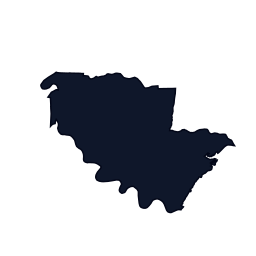 Branesti, Gorj, Romania, rotated 127°
{"feature_id": "2599482B28130291705267", "entity_name": "Branesti", "entity_type": "district", "adm_level": 2, "iso_a3": "ROU", "parent_name": "Romania", "parent_adm1": "Gorj", "projection": "albers", "projection_center": [23.464, 44.658], "detail": "fine", "context": "isolated", "style": "filled", "palette": "ink", "viewbox_px": 256, "rotation_deg": 127, "n_neighbors": 0, "source": "geoboundaries", "source_scale": "gbopen_adm2", "svg_char_len": 5673}
<svg xmlns="http://www.w3.org/2000/svg" viewBox="0 0 256 256"><g transform="rotate(127 128 128)"><path d="M126.7,218.9L129.5,219.7L135.2,222.0L140.3,223.6L141.0,223.7L145.4,223.6L145.9,223.5L146.3,223.3L147.0,222.6L147.7,221.3L148.0,220.3L148.0,219.8L147.9,219.5L147.0,218.0L145.8,216.8L143.1,215.2L140.6,215.0L139.1,215.0L138.1,214.6L137.6,214.2L137.1,213.3L136.7,212.2L136.7,211.2L136.9,210.1L137.5,209.0L138.0,208.2L138.9,207.1L139.5,206.6L139.8,206.5L140.3,207.5L140.1,207.7L140.7,208.4L143.7,209.7L145.4,210.6L146.1,210.7L147.1,210.6L151.5,210.5L150.4,208.2L156.4,203.2L157.1,202.8L159.5,200.7L159.5,200.8L162.9,197.9L173.2,190.9L171.0,190.7L170.8,190.5L170.0,190.2L169.4,189.8L168.3,188.9L167.5,189.4L166.6,189.8L165.7,190.3L165.1,190.5L164.3,190.6L164.5,189.8L165.6,187.4L166.1,186.6L166.5,186.1L167.5,185.3L168.4,184.8L170.0,184.2L170.7,183.7L172.1,181.8L172.5,181.1L172.8,180.2L173.1,178.8L173.2,178.1L173.0,177.2L172.6,176.4L171.1,174.4L170.8,173.5L169.2,170.8L168.7,169.7L168.6,168.4L168.8,166.5L169.7,163.3L171.0,161.6L172.3,160.0L173.5,158.0L173.6,157.1L173.7,154.8L173.4,153.1L173.6,151.6L173.7,151.1L174.5,149.5L175.6,147.9L176.6,146.9L177.7,146.0L179.7,144.7L180.7,143.6L181.0,142.7L181.0,142.4L180.7,140.9L180.0,139.4L179.2,138.7L176.5,134.8L175.6,133.2L175.1,131.4L174.9,130.0L174.8,127.2L175.0,126.5L175.6,125.9L176.7,125.6L181.7,125.8L184.5,125.3L185.9,124.7L187.2,123.7L188.1,121.9L188.2,121.6L188.1,120.8L187.7,119.0L186.7,117.0L185.7,115.5L182.6,111.9L179.3,108.7L176.4,106.0L175.1,104.0L175.0,103.5L175.0,102.6L175.1,102.1L175.3,101.4L176.2,99.9L176.6,99.4L177.1,99.2L179.8,98.7L180.9,98.4L182.4,97.8L183.0,97.4L183.4,96.9L183.7,96.4L183.9,95.8L183.9,95.2L183.9,94.1L183.8,93.7L183.7,93.5L182.2,92.4L181.3,91.9L180.4,91.9L177.6,92.2L176.5,92.1L175.2,91.7L173.6,90.9L172.8,90.3L171.8,89.2L171.5,88.7L171.3,88.2L171.4,84.4L171.5,83.7L172.2,82.0L172.6,81.4L175.9,78.9L181.2,73.9L182.6,72.2L183.1,71.5L183.4,70.3L183.4,69.9L183.2,68.9L182.8,67.7L182.1,66.6L181.6,66.0L181.2,65.6L180.2,65.0L179.5,64.8L177.2,64.5L174.5,64.4L172.2,64.7L170.4,64.6L170.0,64.4L168.4,63.4L167.5,62.6L166.9,61.9L166.5,61.1L166.1,59.6L165.9,57.8L166.0,55.9L166.3,54.8L167.0,53.1L168.8,50.2L170.2,48.0L170.5,47.3L170.9,46.0L170.8,45.2L170.4,44.0L170.0,43.3L169.4,42.6L165.6,40.5L164.0,39.6L162.8,38.6L161.8,37.2L161.6,36.8L161.5,36.5L160.6,36.6L158.5,36.3L157.6,36.3L157.9,38.9L155.3,38.9L155.0,39.1L154.6,39.6L153.7,39.7L150.1,39.8L149.8,39.9L149.5,40.2L146.9,40.2L141.6,40.9L141.4,40.5L141.5,40.3L141.5,40.1L141.2,40.0L140.9,39.7L140.5,39.8L140.2,39.9L139.8,40.2L139.8,40.4L140.1,40.8L140.0,41.3L139.8,41.5L139.1,41.5L138.9,41.2L137.9,41.2L137.0,40.9L136.0,40.9L135.9,41.0L135.9,41.3L135.7,41.4L135.1,41.3L134.2,41.5L133.6,41.3L132.3,41.7L131.5,42.1L129.9,41.6L129.6,41.7L129.1,41.6L128.6,41.7L127.9,41.7L126.3,41.5L125.1,41.6L124.4,41.8L124.0,41.4L123.5,40.0L123.2,39.8L122.0,40.1L121.2,40.6L120.6,40.6L118.5,39.8L118.0,39.4L117.2,39.1L114.4,38.7L113.9,38.4L112.9,37.4L111.9,36.7L111.1,36.4L110.6,36.4L109.3,36.9L108.3,37.5L108.4,37.8L108.6,39.2L107.1,39.0L106.3,38.3L106.0,37.8L105.7,36.8L105.5,36.5L105.1,36.3L104.7,36.3L104.4,36.7L103.1,37.2L102.4,37.3L101.1,37.1L99.8,37.5L99.9,37.8L102.0,38.3L103.0,38.7L103.2,38.9L106.1,39.8L105.6,40.4L106.6,40.8L106.5,41.1L106.3,41.2L103.2,40.3L102.3,39.9L100.5,39.5L100.0,39.5L100.6,40.7L101.4,40.9L101.8,41.2L102.3,42.1L103.4,43.0L103.9,43.6L104.3,45.4L104.4,45.9L104.3,46.4L104.6,47.4L104.5,48.9L104.5,50.0L102.4,49.6L101.0,49.5L99.8,49.0L99.8,48.6L99.6,47.8L102.1,48.2L102.3,48.1L102.5,47.5L102.5,47.4L102.2,47.0L101.8,46.2L101.8,45.6L101.4,45.2L100.3,45.0L99.9,44.7L100.0,44.6L100.6,44.7L100.6,44.3L99.6,43.9L99.0,43.7L98.5,44.0L98.2,44.0L98.2,43.6L97.9,43.5L98.1,43.1L97.1,42.8L95.8,43.1L94.8,43.2L93.2,42.6L94.1,41.1L93.3,40.8L90.1,40.3L85.2,39.7L83.3,39.2L82.6,38.8L81.6,38.3L81.2,38.0L80.9,37.3L79.5,35.3L78.7,33.5L78.0,32.3L77.2,34.5L75.7,37.6L75.6,38.0L75.6,38.4L76.0,39.7L76.3,42.2L76.1,42.7L75.3,44.1L75.0,45.2L74.5,45.9L74.5,46.2L74.8,46.9L75.8,48.4L77.8,50.7L78.3,51.8L78.6,53.3L79.8,55.6L80.2,56.0L81.4,56.9L82.5,57.8L82.8,58.2L82.9,58.6L82.9,60.3L82.8,60.8L82.1,61.9L81.6,63.3L81.5,63.7L81.7,64.4L83.0,66.4L83.8,67.1L86.3,69.8L87.0,70.2L88.1,70.8L88.6,71.1L90.8,71.9L91.3,72.2L92.9,73.6L93.5,74.6L94.3,75.4L94.3,75.9L94.5,76.8L94.7,78.0L94.8,79.4L94.9,80.3L95.2,80.9L95.3,82.0L95.5,82.2L96.6,83.4L97.2,83.7L98.1,83.8L99.0,84.2L100.6,85.3L101.1,85.8L101.6,86.6L102.9,89.3L103.3,91.1L104.1,92.2L105.0,93.2L104.1,93.7L103.8,93.9L103.4,94.5L102.3,94.3L100.3,94.9L99.5,95.0L98.2,95.8L97.5,96.5L96.9,96.9L95.0,97.5L94.5,98.1L94.2,98.7L93.2,99.0L92.5,99.8L92.1,100.0L92.0,100.5L91.7,100.8L89.8,101.1L89.5,101.4L87.7,102.1L85.3,104.1L84.4,104.7L83.6,105.0L81.5,105.7L80.3,106.3L78.6,107.4L76.1,108.9L72.1,111.0L67.8,113.9L69.6,116.1L75.0,123.1L78.5,127.5L76.4,129.5L80.3,133.9L83.5,135.8L85.5,137.9L85.8,138.5L85.9,138.9L85.8,139.8L84.0,144.9L83.6,146.2L83.5,146.8L83.4,148.0L83.0,149.9L83.0,150.6L83.5,153.1L87.2,155.9L88.1,156.8L89.5,159.5L90.1,161.2L90.3,161.9L90.1,162.9L89.6,165.0L89.3,166.8L90.8,169.5L91.5,170.5L92.5,171.3L93.9,172.1L95.1,173.2L95.9,174.7L96.7,176.4L97.0,176.7L97.5,177.1L98.2,177.3L98.9,177.1L99.4,177.5L100.8,178.3L101.4,178.8L102.4,179.9L103.8,181.1L104.9,182.0L105.1,182.1L105.4,182.2L105.7,182.7L105.8,183.1L105.8,183.7L105.8,184.0L106.1,184.4L106.8,184.7L108.1,185.0L108.8,185.3L110.2,186.2L111.2,187.1L111.4,187.7L111.4,188.8L111.3,189.2L111.3,189.6L110.7,190.4L110.6,191.0L111.0,191.9L112.7,194.6L113.3,195.1L111.4,196.4L112.3,197.6L113.2,199.2L118.3,206.2L119.2,207.7L120.2,208.7L121.7,210.8L125.0,215.5L126.2,217.5L126.7,218.9Z" fill="#0f172a" stroke="#020617" stroke-width="1.5"/></g></svg>